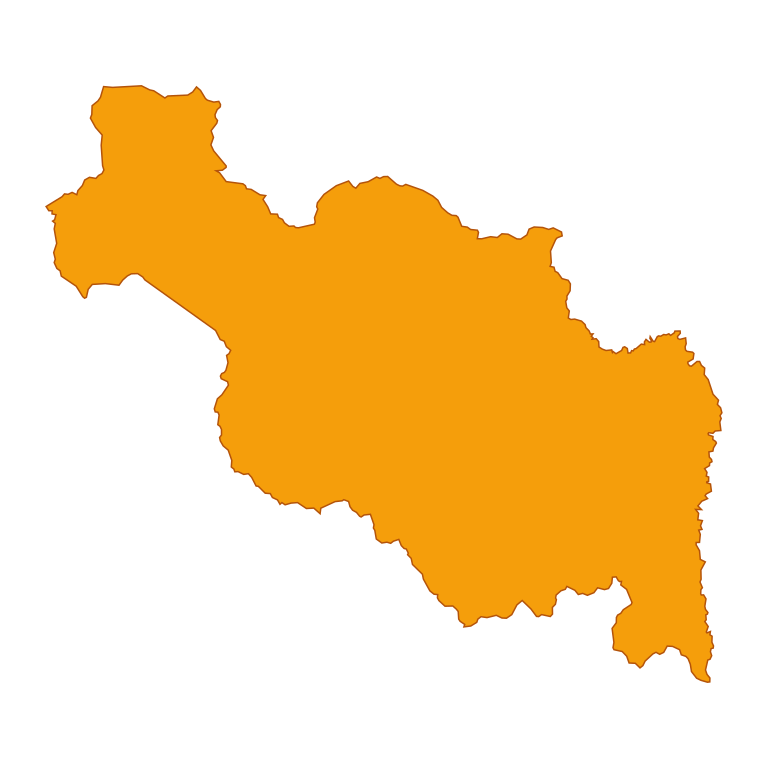 A Luoi, Thừa Thiên - Huế, Vietnam (Mercator projection)
{"feature_id": "81297802B94706269623038", "entity_name": "A Luoi", "entity_type": "district", "adm_level": 2, "iso_a3": "VNM", "parent_name": "Vietnam", "parent_adm1": "Thừa Thiên - Huế", "projection": "mercator", "projection_center": [107.348, 16.232], "detail": "fine", "context": "isolated", "style": "filled", "palette": "amber", "viewbox_px": 768, "rotation_deg": 0, "n_neighbors": 0, "source": "geoboundaries", "source_scale": "gbopen_adm2", "svg_char_len": 6080}
<svg xmlns="http://www.w3.org/2000/svg" viewBox="0 0 768 768"><path d="M196.5,86.9L192.7,92.0L187.7,95.1L167.8,96.0L164.9,98.0L153.8,90.8L149.7,89.9L141.5,85.8L112.6,87.4L103.6,86.6L100.5,97.2L98.0,100.9L92.1,105.7L91.8,114.5L90.4,118.1L95.6,127.5L102.2,135.1L101.2,145.2L102.6,165.7L103.9,170.0L102.0,173.6L98.5,175.5L95.9,178.4L89.5,177.3L84.7,180.0L82.4,185.5L77.9,190.6L76.8,194.7L72.1,192.4L68.1,194.3L64.5,193.9L62.1,196.7L46.1,206.5L48.8,210.7L52.2,210.8L52.0,213.9L56.0,214.7L54.6,219.8L52.6,221.1L55.3,223.4L54.2,228.9L56.7,243.4L53.7,252.6L55.3,259.2L54.2,262.6L56.9,268.5L60.1,270.8L61.3,276.1L76.2,286.2L82.8,296.7L84.6,298.2L86.4,297.3L88.2,289.3L92.3,284.4L105.4,283.6L119.0,285.2L122.7,280.1L127.4,275.9L131.4,273.8L137.7,273.6L142.8,277.0L144.9,279.9L215.6,330.5L220.2,339.5L224.2,341.2L226.4,346.7L230.7,350.3L229.0,353.7L226.6,355.4L228.0,362.7L225.9,370.3L224.4,372.4L221.7,373.6L220.4,376.1L221.2,378.7L227.6,381.7L228.4,385.2L221.9,394.8L217.4,398.8L214.3,408.8L215.2,411.9L217.9,412.2L219.1,415.0L217.8,424.7L220.0,426.3L221.5,429.5L221.5,435.0L219.6,437.5L220.3,440.9L223.2,445.9L228.2,450.1L231.8,460.4L231.3,467.0L233.9,469.1L234.8,471.8L238.1,471.6L243.7,474.4L248.4,473.7L251.7,477.4L256.1,486.0L258.3,486.3L265.2,493.2L270.3,493.6L272.4,497.5L277.5,499.9L280.0,504.3L281.9,502.6L285.1,504.8L291.1,503.1L297.6,502.6L306.4,508.5L313.8,508.1L320.1,513.7L320.8,508.2L335.1,501.6L342.2,500.8L343.8,499.7L348.6,501.5L350.0,506.7L352.6,510.2L356.5,512.4L359.6,516.2L361.1,517.0L364.1,515.0L370.4,514.3L374.0,524.7L373.4,528.0L374.8,530.3L376.3,539.0L381.8,543.0L386.9,542.2L390.7,543.3L393.4,541.2L398.8,539.4L401.3,545.6L404.1,548.5L406.3,549.0L408.3,553.1L407.6,554.7L411.2,558.4L412.5,564.5L422.4,574.2L423.4,579.1L429.9,590.9L434.0,594.2L437.7,594.6L437.4,597.8L438.9,600.6L445.0,606.2L452.8,606.0L456.3,609.1L458.2,611.5L458.7,619.1L460.1,621.3L464.7,624.4L463.9,626.9L470.8,626.0L476.8,622.3L477.8,619.2L481.0,616.7L487.0,617.6L496.3,615.3L501.9,618.0L506.5,618.2L511.8,614.6L516.9,604.9L522.2,600.5L531.0,609.0L536.5,616.4L538.7,616.6L541.6,614.6L550.3,616.5L552.5,614.1L552.4,607.4L555.4,604.3L556.4,599.6L555.6,598.1L556.1,595.1L560.9,590.8L565.3,589.3L566.9,586.4L574.9,590.3L578.3,594.5L582.7,593.4L587.4,595.3L593.9,592.7L597.6,587.8L604.5,589.6L608.5,588.5L611.8,583.2L612.4,577.2L616.2,576.9L618.3,580.6L619.7,581.6L621.5,581.4L620.8,584.9L626.6,589.4L632.0,602.5L631.2,604.5L623.3,609.7L620.8,613.3L617.6,615.1L616.4,617.5L616.3,622.7L612.1,628.4L613.9,642.4L613.0,647.7L614.0,649.7L622.2,651.5L626.7,656.2L629.1,663.0L635.3,663.3L640.0,667.9L642.9,665.6L645.1,661.1L652.9,653.9L656.0,652.3L659.7,654.3L663.7,652.4L667.2,646.1L672.6,646.4L679.6,649.7L681.3,654.8L685.9,656.4L688.1,658.7L690.3,664.2L691.5,671.6L696.6,678.2L700.9,680.3L707.4,682.2L709.8,681.9L709.9,678.0L707.0,674.4L705.5,670.0L707.8,660.0L710.0,659.3L711.7,655.7L710.4,651.7L711.1,648.6L713.2,648.1L713.5,645.9L711.9,642.2L712.1,636.2L709.9,634.8L710.4,631.5L707.0,632.9L706.3,632.0L708.2,626.5L704.8,621.5L706.2,619.8L705.8,614.9L707.4,614.1L707.9,612.5L705.5,609.4L704.8,606.3L706.0,598.9L703.6,594.9L701.3,595.0L700.7,593.8L700.9,589.6L702.4,587.7L700.0,582.0L701.1,579.3L700.9,570.0L705.3,561.9L700.3,559.4L699.5,550.7L696.1,544.8L696.2,542.5L699.5,542.4L700.3,534.3L698.7,530.1L702.0,529.4L700.5,525.8L702.4,520.6L697.8,519.8L698.6,513.3L695.6,509.4L701.5,509.6L697.9,505.9L701.8,501.2L707.6,498.6L705.1,495.7L706.2,494.0L711.4,491.2L710.5,484.0L706.7,482.7L706.9,481.7L708.6,481.3L708.7,477.0L706.3,476.1L707.0,472.3L704.6,468.6L709.5,465.6L709.6,463.0L712.0,461.7L711.5,459.5L709.3,457.1L708.9,451.9L712.9,451.1L713.5,447.9L716.4,443.1L715.7,441.5L712.8,439.5L713.0,436.5L708.5,434.9L708.1,433.6L708.7,432.7L712.9,433.3L715.2,431.0L720.9,430.5L719.8,421.9L721.2,418.5L720.0,415.7L721.9,412.8L720.6,407.8L717.4,404.4L718.5,400.2L713.0,394.2L708.2,379.6L704.2,374.6L704.7,368.1L701.4,365.4L699.6,361.5L697.0,361.5L691.4,366.2L689.5,365.8L687.9,363.6L687.8,362.1L693.1,359.0L693.9,353.5L692.6,352.2L686.9,351.3L685.5,349.9L685.1,346.8L686.2,343.7L685.6,337.9L679.8,339.4L677.8,338.5L677.5,336.4L680.3,333.3L680.1,331.0L674.9,331.1L674.3,332.8L670.6,335.4L668.9,333.8L666.1,334.9L663.7,334.5L660.8,336.2L658.6,335.9L657.3,336.6L654.6,341.6L653.2,341.3L650.2,336.6L649.9,338.4L651.4,340.8L651.1,342.0L649.4,342.2L646.0,339.4L644.4,341.9L644.6,344.6L641.3,344.1L636.1,348.6L634.4,349.0L633.2,350.9L631.6,350.6L630.6,352.9L628.0,353.0L627.3,348.5L624.7,346.8L623.0,347.4L621.6,350.5L616.0,353.7L613.0,351.5L612.4,352.4L611.7,349.9L606.0,350.5L602.3,349.1L599.0,347.0L598.7,341.6L596.2,338.7L592.1,339.2L593.0,337.7L591.3,336.3L593.0,333.9L590.4,334.0L589.1,330.9L585.9,327.6L585.1,324.6L581.5,321.1L574.7,319.1L570.8,319.5L568.3,318.0L569.3,311.0L566.8,307.8L565.7,301.3L567.0,299.1L566.9,296.1L570.1,290.8L570.4,283.9L568.2,280.3L562.0,278.6L557.8,272.7L555.1,271.3L554.0,267.2L550.1,266.4L551.3,262.7L550.5,251.0L555.7,239.5L557.2,237.8L562.2,235.9L561.5,232.0L553.2,227.9L548.7,229.4L542.8,227.5L534.1,227.0L529.1,229.1L526.9,234.9L520.7,239.1L516.9,238.9L508.1,234.2L501.9,233.8L497.3,237.5L490.6,236.7L481.6,238.8L477.3,238.7L478.5,232.4L477.4,230.2L470.6,229.5L467.3,227.1L461.7,226.3L458.0,217.2L456.2,215.6L451.9,215.3L447.7,212.8L441.6,207.4L437.9,200.3L432.9,196.1L422.8,190.4L405.8,184.4L402.6,186.1L399.8,185.8L396.5,184.2L387.7,176.5L383.6,176.6L379.9,178.4L376.6,177.0L368.2,181.7L359.9,183.4L355.8,188.2L352.8,186.4L348.6,181.0L336.3,185.7L324.0,194.4L317.4,202.8L316.7,206.8L317.8,209.0L314.5,217.7L315.2,222.1L314.4,224.2L298.4,227.8L295.5,227.5L294.0,226.0L289.0,226.3L284.4,222.8L282.5,219.4L278.6,217.6L277.4,214.2L270.7,213.9L267.7,206.8L263.0,199.4L265.7,195.6L260.0,194.8L251.2,189.4L246.5,188.8L245.4,185.7L242.9,183.8L226.2,181.6L219.6,172.8L216.1,170.8L222.4,170.2L226.1,167.4L226.2,166.0L213.7,150.9L210.9,144.9L213.5,137.4L211.1,130.7L216.8,123.2L217.5,120.5L215.4,117.6L215.0,114.7L217.2,109.6L220.3,106.8L220.5,104.5L218.8,101.4L213.8,102.1L207.4,100.2L205.4,98.5L200.5,90.4L196.5,86.9Z" fill="#f59e0b" stroke="#b45309" stroke-width="1.5"/></svg>